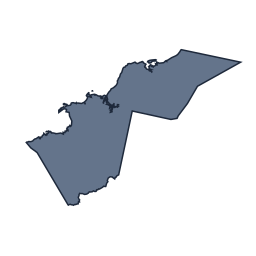 Kairuku - Hiri District, Central, Papua New Guinea, rotated 102°
{"feature_id": "67681753B66231451727699", "entity_name": "Kairuku - Hiri District", "entity_type": "district", "adm_level": 2, "iso_a3": "PNG", "parent_name": "Papua New Guinea", "parent_adm1": "Central", "projection": "albers", "projection_center": [147.055, -8.887], "detail": "fine", "context": "isolated", "style": "filled", "palette": "slate", "viewbox_px": 256, "rotation_deg": 102, "n_neighbors": 0, "source": "geoboundaries", "source_scale": "gbopen_adm2", "svg_char_len": 5993}
<svg xmlns="http://www.w3.org/2000/svg" viewBox="0 0 256 256"><g transform="rotate(102 128 128)"><path d="M40.2,31.5L40.3,92.1L40.8,92.6L42.3,93.0L45.8,94.7L47.4,96.2L50.1,99.9L53.4,103.3L54.2,104.6L54.5,104.7L54.9,104.2L55.0,104.9L54.7,105.3L56.7,106.7L58.1,110.8L57.5,113.7L57.9,113.6L58.0,112.7L58.4,112.5L59.4,113.3L59.4,113.9L60.7,112.1L59.9,114.0L60.9,114.2L61.9,114.9L62.3,116.0L62.0,116.6L62.6,116.7L62.7,116.0L63.0,116.0L62.9,116.6L62.3,117.2L62.8,117.9L61.3,118.8L62.0,119.6L62.8,119.8L63.4,120.4L63.6,119.9L64.7,120.0L65.4,119.4L65.9,118.7L66.1,117.5L66.5,118.6L66.5,119.4L67.3,118.1L67.6,116.9L68.1,116.3L68.3,116.4L67.7,117.1L67.6,119.0L66.4,120.2L66.6,121.4L66.4,122.2L65.9,122.8L65.0,123.2L65.1,124.1L64.1,124.6L63.6,124.1L62.8,124.1L62.2,123.7L61.9,123.7L61.1,126.4L60.4,126.7L60.4,127.3L60.0,127.8L60.6,128.8L61.0,128.9L61.3,130.0L62.5,131.3L63.1,132.5L62.8,133.1L62.7,134.0L62.2,134.4L62.2,135.0L64.3,138.1L64.6,138.8L64.7,140.2L65.2,141.4L66.9,141.8L67.7,143.1L68.3,143.4L69.0,143.5L69.6,144.8L70.7,145.3L75.0,145.7L76.8,146.6L79.6,146.8L80.2,146.9L81.5,147.7L82.9,147.7L83.8,148.2L84.7,148.1L85.3,147.8L86.4,147.7L88.9,148.5L90.1,149.5L90.8,149.2L90.4,149.5L90.5,149.7L92.0,151.0L93.2,152.6L94.9,153.0L96.8,154.2L100.0,155.4L102.0,155.3L102.1,155.0L104.2,153.9L104.4,153.9L104.5,154.4L105.1,154.3L106.8,153.2L107.2,152.2L107.9,151.8L109.1,149.1L109.2,148.4L108.2,147.2L107.3,147.0L107.0,147.4L107.1,146.8L107.5,146.6L108.7,147.2L109.3,146.0L110.2,145.3L109.7,144.6L109.4,143.5L108.5,143.0L107.3,143.2L107.2,142.4L107.8,142.7L108.7,142.1L109.1,143.0L109.4,142.8L109.2,142.2L109.8,142.6L109.6,143.2L109.8,144.1L110.7,145.3L109.9,146.7L110.6,147.3L111.3,147.0L111.9,147.4L112.6,147.2L113.5,147.3L114.1,147.7L114.3,148.5L114.5,147.4L115.3,147.0L115.4,147.4L116.0,147.8L116.4,148.6L116.1,148.6L115.2,147.5L114.9,147.5L114.3,148.9L113.9,148.5L113.9,148.0L113.4,147.7L112.1,147.8L111.6,148.5L110.4,149.0L110.2,149.4L110.5,149.8L112.8,149.8L112.9,150.1L109.9,150.2L109.7,150.6L109.8,151.3L109.2,152.3L109.4,153.0L109.3,153.6L108.9,153.0L107.5,154.3L104.7,155.8L104.7,156.1L105.5,156.6L106.9,156.8L107.7,157.3L108.6,157.2L108.5,157.5L105.4,157.4L104.4,156.8L103.3,156.9L102.1,156.1L101.1,156.4L100.9,157.8L101.1,158.2L103.2,160.4L103.5,160.4L103.9,158.8L104.6,158.4L104.2,159.0L104.7,159.4L104.7,160.0L104.0,159.3L103.9,160.6L103.3,161.5L102.8,161.5L102.8,164.2L102.2,165.7L102.0,167.3L102.7,167.2L102.7,167.4L102.3,167.7L102.2,168.5L103.2,170.9L103.9,171.4L104.5,171.5L104.9,170.6L105.5,170.3L105.7,170.8L105.4,172.0L105.2,171.4L105.4,170.6L105.0,170.9L105.0,171.4L104.7,171.8L103.7,171.8L103.4,173.7L101.9,173.4L101.7,173.9L103.3,174.9L104.8,175.5L105.3,175.2L105.1,174.8L105.5,174.3L105.5,173.9L106.1,173.7L106.5,174.0L107.7,174.0L109.7,174.7L111.9,176.2L112.6,175.2L112.9,175.0L113.2,175.1L112.4,176.0L112.3,176.8L113.6,178.4L113.8,179.7L113.7,180.3L114.0,180.9L113.9,181.8L114.4,183.7L114.0,183.9L114.3,184.1L114.8,183.9L114.6,187.0L115.3,188.6L115.9,188.8L116.9,188.7L117.6,189.1L118.5,191.0L118.6,191.7L117.6,192.7L117.6,193.2L117.9,193.7L117.3,195.0L117.4,195.7L118.0,196.2L118.6,195.9L118.6,194.9L118.2,194.3L118.3,193.6L118.0,192.8L118.3,192.3L118.8,192.3L120.4,193.9L120.8,194.4L120.7,195.5L121.3,195.7L121.6,196.7L122.1,197.0L122.7,198.0L123.3,198.0L122.9,197.2L123.7,197.5L124.1,197.2L124.7,197.2L125.0,198.2L124.9,198.6L124.6,198.8L124.2,198.5L124.1,198.8L125.0,199.4L127.2,198.9L122.8,195.0L122.4,193.9L122.5,192.4L122.8,191.9L125.0,192.0L125.0,188.8L128.4,187.7L132.8,184.4L137.0,183.9L137.4,184.4L137.9,184.2L138.1,184.4L137.9,184.5L137.7,185.1L138.2,185.2L137.9,185.5L138.4,185.6L139.2,186.6L139.8,186.8L139.9,187.4L140.9,187.4L140.9,187.6L141.3,187.7L141.3,187.4L141.8,187.5L142.0,186.5L142.8,186.2L142.6,186.7L143.2,186.8L143.4,187.9L143.9,188.1L144.2,188.0L144.3,188.9L144.6,188.8L144.8,189.2L144.8,188.8L145.2,188.7L145.7,188.8L145.7,190.6L147.4,190.0L146.9,192.7L148.2,196.1L148.6,197.7L148.4,198.0L148.4,200.2L148.5,200.9L148.8,201.4L148.5,202.3L148.1,202.2L147.6,202.9L147.5,203.5L148.5,204.6L149.7,205.0L150.2,206.2L151.0,206.2L151.4,205.8L151.7,206.4L152.2,206.7L151.9,207.4L151.6,207.1L151.3,207.2L151.4,208.2L150.9,209.2L151.6,209.0L152.2,209.2L152.7,209.6L152.9,210.1L154.7,210.4L155.2,211.6L156.4,211.5L156.8,211.7L156.7,212.5L155.4,212.7L155.5,213.1L155.3,213.6L157.7,215.8L157.9,216.6L159.1,217.7L160.6,218.6L161.6,220.3L161.9,222.4L162.5,223.0L162.8,224.1L163.3,224.5L167.7,218.9L170.9,211.8L215.7,170.6L215.8,170.2L215.1,169.6L214.6,168.4L214.9,167.7L214.7,166.3L214.9,165.2L214.0,164.4L213.7,163.7L213.8,163.3L213.0,162.2L212.6,161.0L210.4,161.1L210.4,160.1L209.4,160.5L208.3,160.4L207.7,161.3L206.0,162.3L204.4,161.8L203.6,162.1L202.0,161.7L202.0,160.4L201.6,159.1L202.0,156.6L201.1,154.4L200.5,154.1L200.0,153.3L198.5,152.6L198.5,151.8L197.8,149.7L196.7,148.8L197.0,147.4L196.7,146.2L195.8,145.7L195.2,145.9L194.8,145.7L194.6,144.6L193.7,144.1L193.7,143.3L193.3,142.8L191.2,140.5L190.0,139.7L190.0,138.1L189.8,137.6L186.5,137.4L184.7,136.5L183.8,137.3L181.2,137.0L179.8,135.8L179.4,135.2L179.2,133.1L179.7,132.4L180.6,130.4L179.0,130.2L178.8,129.6L176.9,128.8L175.8,127.4L110.5,127.4L110.7,87.8L108.4,82.0L105.6,81.4L91.8,75.0L72.7,68.7L40.2,31.5ZM59.2,122.6L59.1,122.2L59.3,121.9L59.3,121.5L60.0,121.2L60.1,120.9L59.8,119.9L58.9,118.8L57.6,118.1L56.7,115.1L55.6,114.6L55.4,115.1L55.6,115.9L56.8,119.6L57.5,121.2L58.7,122.6L59.2,122.6ZM111.7,147.7L111.4,147.2L111.2,147.2L110.9,147.7L110.2,147.7L110.0,148.0L110.3,148.3L111.7,147.7ZM105.1,156.6L104.5,156.1L104.4,156.2L104.9,156.7L105.1,156.6ZM147.7,205.3L147.4,204.5L147.4,205.0L147.7,205.3ZM102.7,162.7L102.5,161.2L102.4,161.2L102.4,161.7L102.7,162.7ZM103.4,154.8L103.0,154.7L102.8,155.0L103.1,155.1L103.4,154.8ZM99.2,170.7L99.1,170.4L98.5,170.8L99.2,170.7ZM148.4,206.9L148.2,206.1L148.0,206.6L148.4,206.9ZM103.4,156.4L103.2,156.1L102.7,156.2L103.1,156.5L103.4,156.4ZM106.7,157.0L106.0,156.9L105.9,157.1L106.1,157.2L106.7,157.0Z" fill="#64748b" stroke="#1e293b" stroke-width="1.5"/></g></svg>